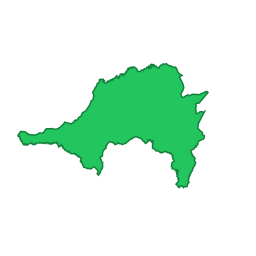 São João d'Aliança, Goiás, Brazil (Albers equal-area conic projection), rotated 218°
{"feature_id": "56859067B77491751884475", "entity_name": "São João d'Aliança", "entity_type": "district", "adm_level": 2, "iso_a3": "BRA", "parent_name": "Brazil", "parent_adm1": "Goiás", "projection": "albers", "projection_center": [-47.424, -14.432], "detail": "fine", "context": "isolated", "style": "filled", "palette": "green", "viewbox_px": 256, "rotation_deg": 218, "n_neighbors": 0, "source": "geoboundaries", "source_scale": "gbopen_adm2", "svg_char_len": 5872}
<svg xmlns="http://www.w3.org/2000/svg" viewBox="0 0 256 256"><g transform="rotate(218 128 128)"><path d="M117.8,202.7L121.0,202.3L123.5,202.8L125.0,204.0L127.1,205.0L128.3,205.0L130.3,203.6L132.1,203.4L133.9,202.5L135.5,202.2L137.4,202.3L138.2,201.0L140.0,199.8L139.9,198.7L140.7,198.0L140.9,197.3L140.9,195.5L140.5,194.6L141.2,194.5L141.5,193.8L143.3,193.5L144.1,194.0L144.8,192.8L145.4,193.0L146.1,193.8L147.0,193.5L147.0,192.0L148.2,192.9L148.8,192.6L149.2,191.8L148.3,190.6L147.3,190.2L147.0,189.6L148.4,188.6L147.8,188.3L148.1,187.6L148.8,188.2L149.0,189.3L149.7,189.7L150.0,188.1L150.5,187.3L150.2,186.6L150.4,185.9L151.4,185.0L152.0,182.9L151.7,182.4L153.0,181.9L153.2,180.1L154.5,178.9L155.3,178.5L155.8,179.0L157.9,180.0L160.3,180.0L161.2,179.3L161.3,178.7L161.8,179.0L162.3,178.4L162.0,177.8L163.0,177.6L163.7,176.7L164.1,175.9L163.6,175.6L163.3,174.7L164.5,174.6L164.1,173.8L164.1,171.9L163.6,171.3L164.2,170.9L163.7,168.9L164.2,168.7L164.2,168.1L164.7,167.4L165.3,167.2L164.1,166.5L165.4,166.3L166.4,166.5L167.1,165.6L166.7,164.6L167.0,163.5L166.7,162.5L166.1,162.7L166.3,161.3L166.8,161.6L167.7,161.1L168.1,161.6L168.7,161.5L169.0,162.1L169.3,161.4L169.0,159.4L169.8,157.9L169.5,156.7L170.1,156.9L170.0,156.3L170.8,156.0L171.3,155.4L170.5,155.0L171.4,154.3L171.6,153.5L172.5,152.9L171.6,152.2L173.0,151.4L172.8,149.9L173.8,149.4L174.1,149.0L175.5,149.0L176.0,149.3L175.3,149.9L175.5,150.6L176.0,150.1L177.0,150.9L177.3,150.4L177.8,151.0L180.3,148.6L179.7,147.6L179.0,147.2L179.2,146.6L178.9,145.5L179.6,144.3L178.5,140.8L178.7,138.9L178.3,138.3L178.0,136.4L177.9,134.5L175.1,132.7L174.5,131.9L174.5,131.0L173.8,130.5L173.0,129.1L173.6,127.1L173.6,126.0L173.0,125.2L172.7,123.2L172.1,122.2L172.3,121.4L171.8,115.8L172.6,113.4L173.4,112.2L173.0,111.5L173.0,110.3L172.2,108.4L173.2,106.3L173.0,103.1L173.7,102.1L174.5,101.6L174.7,100.9L174.1,100.4L175.4,96.2L181.5,93.6L181.2,92.2L181.9,86.8L183.4,83.3L184.5,82.2L187.9,80.5L189.6,78.8L191.6,77.5L192.0,76.3L191.8,72.0L192.8,71.0L194.8,69.5L195.1,68.3L196.2,66.0L197.7,64.5L198.4,64.4L199.2,63.5L200.0,63.3L201.8,61.7L202.6,62.0L203.0,61.5L203.6,61.9L204.2,61.9L205.3,61.4L206.1,61.8L209.9,59.8L210.2,59.3L210.5,57.3L210.1,54.4L209.5,53.9L208.7,53.9L208.3,54.8L206.6,53.6L206.3,52.8L205.0,53.0L204.5,52.5L204.3,51.8L202.9,52.0L201.5,51.0L199.9,50.6L199.3,52.0L198.6,51.4L198.4,52.5L197.1,52.3L196.7,52.7L196.3,54.8L195.3,55.9L195.0,56.8L194.5,56.7L194.0,57.1L193.2,56.3L191.8,57.1L191.3,57.6L191.7,58.4L190.5,58.9L190.7,59.8L190.3,60.4L188.3,61.8L187.0,63.2L186.3,63.1L185.5,64.3L184.9,64.1L184.8,64.9L183.4,65.1L182.7,65.5L182.9,66.3L182.6,67.2L182.0,67.3L181.1,66.8L179.9,67.3L179.8,68.0L179.3,67.7L178.3,68.3L178.9,68.9L177.5,69.9L177.9,70.3L176.0,71.5L176.1,72.3L174.8,73.0L174.7,72.0L173.0,71.8L171.1,70.4L171.0,71.0L170.5,71.4L170.8,71.8L170.1,72.6L170.5,73.6L169.7,73.5L168.6,73.0L168.0,73.5L167.7,72.8L166.4,71.9L165.1,72.6L164.2,71.8L162.6,72.2L161.4,71.9L160.0,73.2L159.7,72.5L157.0,72.8L153.9,75.2L153.5,74.7L152.6,74.8L152.2,75.4L149.9,74.6L149.4,75.0L149.3,75.6L148.5,75.1L146.4,75.7L146.0,75.2L145.9,74.3L145.2,73.7L145.4,73.2L144.2,72.8L144.5,72.3L141.6,71.7L141.3,71.2L139.7,70.7L139.3,70.1L138.6,69.8L137.9,70.4L134.9,71.1L134.0,72.0L132.3,72.8L131.8,73.4L131.6,75.8L130.5,76.6L129.8,76.7L128.3,76.2L126.8,76.3L124.7,75.2L123.9,74.4L123.9,73.7L124.3,73.2L122.2,72.7L122.4,75.8L123.6,78.8L123.3,80.2L124.3,82.1L126.0,84.0L126.5,85.1L128.7,85.6L130.1,86.8L130.8,86.6L131.9,88.1L131.7,88.8L131.0,89.4L130.9,90.2L132.9,93.0L133.7,95.1L133.2,96.6L133.4,98.1L132.9,98.8L134.3,99.9L134.1,100.9L134.4,102.1L134.3,105.2L133.4,106.1L131.6,107.2L130.4,107.1L129.6,107.5L128.1,106.9L126.8,108.8L127.1,109.5L126.1,110.5L125.2,110.3L123.9,111.2L122.2,111.5L121.0,113.9L120.4,114.3L120.0,116.8L119.7,117.3L119.6,118.9L118.8,121.0L118.3,121.6L117.9,123.3L117.2,125.1L116.0,126.4L115.1,126.4L114.7,126.9L113.8,126.9L110.5,127.9L108.6,127.0L106.4,127.2L105.9,126.7L104.4,126.8L103.9,130.7L104.8,131.0L103.5,132.2L102.6,132.1L102.3,131.6L101.4,132.0L101.7,132.6L100.2,133.2L99.9,132.5L100.2,131.3L98.5,130.9L98.2,129.5L97.1,128.6L96.6,127.5L95.8,127.2L93.9,127.7L92.0,127.2L91.5,127.8L90.8,127.9L89.8,128.6L87.8,128.5L87.1,129.2L86.5,128.8L83.9,132.8L83.2,133.3L82.7,132.8L82.0,132.8L80.8,133.4L79.8,134.4L78.9,134.4L78.9,133.8L78.0,134.3L77.1,133.9L76.0,134.1L75.4,133.6L75.6,132.9L73.8,131.8L73.5,131.2L72.0,131.1L71.4,130.5L71.1,129.8L71.6,129.5L71.9,128.0L71.4,126.5L70.3,125.1L70.1,124.3L68.8,124.2L68.4,123.8L68.2,123.1L66.5,124.0L64.8,123.8L63.9,125.1L63.3,125.4L63.2,123.5L62.9,123.1L61.5,124.7L61.4,122.9L61.7,122.2L61.1,121.6L60.0,121.6L59.6,121.2L59.9,120.6L59.6,120.0L58.0,119.9L57.7,119.2L56.9,119.1L57.0,118.4L56.0,118.1L55.6,117.6L55.4,117.0L55.6,113.3L52.9,113.0L52.5,112.5L50.9,112.7L51.0,114.7L48.7,115.7L47.6,115.3L47.8,116.3L46.0,117.6L45.5,118.3L46.7,121.2L46.5,122.8L48.1,123.7L49.6,127.0L50.1,128.8L50.8,129.1L50.4,129.8L51.0,130.8L50.6,131.3L51.2,131.9L51.0,134.1L51.6,134.8L51.9,136.4L52.4,137.1L52.2,138.7L53.0,141.7L53.6,142.5L54.7,142.7L56.2,144.0L56.5,144.4L56.3,145.2L57.0,145.3L58.5,146.0L59.3,145.6L60.0,145.8L60.8,146.9L61.4,146.6L62.3,146.9L63.1,148.0L64.0,148.2L64.7,149.5L63.6,150.9L63.6,151.6L63.2,152.0L63.5,152.4L63.4,153.2L63.2,154.1L62.8,154.6L63.5,154.8L63.8,155.2L62.8,156.3L63.0,158.3L63.9,159.2L64.1,159.8L63.9,162.1L61.9,165.5L61.9,166.9L62.8,168.8L63.6,168.9L64.5,168.3L65.5,168.6L66.2,170.0L67.6,170.4L69.9,170.3L72.8,170.8L75.2,174.4L77.8,188.0L78.1,187.2L81.1,185.4L82.0,182.6L82.6,181.9L83.7,181.4L85.0,183.5L86.8,185.1L87.7,187.2L89.1,188.4L89.2,189.7L87.4,191.3L86.8,205.2L88.1,205.4L88.8,205.0L92.4,198.1L97.8,194.4L99.7,191.1L101.2,190.9L102.2,189.1L103.1,186.0L103.9,185.9L105.7,186.0L107.3,187.5L108.0,191.7L108.9,194.1L109.4,194.7L110.4,195.2L112.0,196.6L118.6,199.7L118.8,200.4L117.8,202.7Z" fill="#22c55e" stroke="#15803d" stroke-width="1.5"/></g></svg>